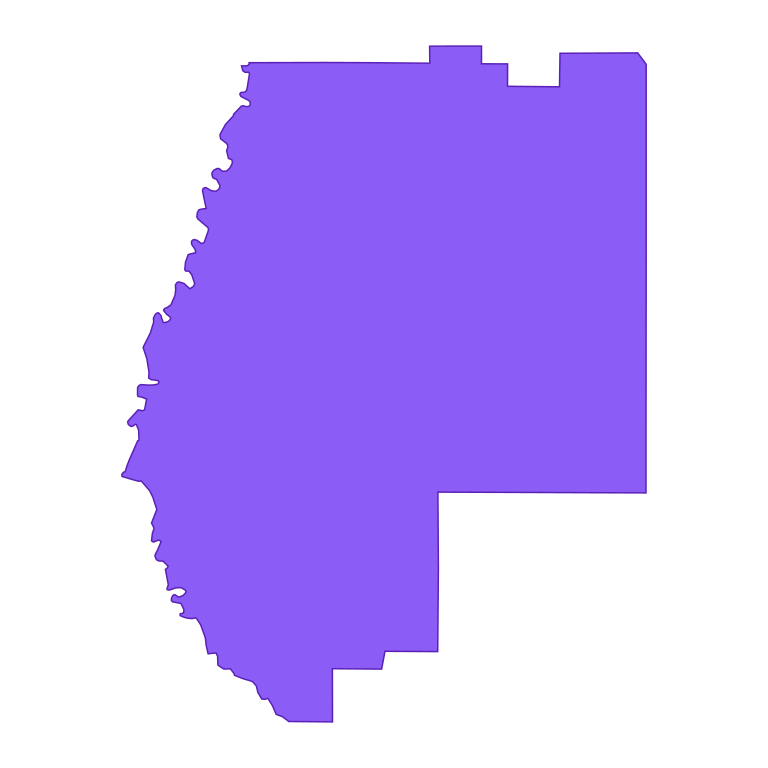 outline of Pearl River, Mississippi, United States of America
{"feature_id": "52423323B37211265449281", "entity_name": "Pearl River", "entity_type": "district", "adm_level": 2, "iso_a3": "USA", "parent_name": "United States of America", "parent_adm1": "Mississippi", "projection": "robinson", "projection_center": [-89.76, 30.737], "detail": "fine", "context": "isolated", "style": "filled", "palette": "violet", "viewbox_px": 768, "rotation_deg": 0, "n_neighbors": 0, "source": "geoboundaries", "source_scale": "gbopen_adm2", "svg_char_len": 3367}
<svg xmlns="http://www.w3.org/2000/svg" viewBox="0 0 768 768"><path d="M249.1,62.7L249.1,64.4L247.2,65.8L241.5,65.9L242.9,70.9L245.1,72.3L248.7,72.3L249.5,73.6L247.3,87.3L246.7,90.1L245.0,92.1L241.1,92.4L240.1,93.3L239.9,94.5L241.0,96.5L248.8,100.5L250.2,102.3L250.2,105.1L249.2,106.1L247.9,106.5L245.8,106.6L243.2,105.7L241.4,106.1L233.7,114.1L233.3,115.9L225.5,124.4L220.2,134.1L220.0,135.9L220.7,138.9L226.6,143.5L227.8,145.7L227.9,147.0L226.6,150.7L228.5,158.5L231.7,159.6L232.4,161.9L232.0,163.9L230.1,167.7L226.6,171.1L222.5,171.3L219.1,168.6L217.0,168.5L213.8,170.2L212.1,172.4L211.9,174.4L212.7,177.5L214.8,178.8L216.6,179.3L219.9,185.5L219.5,188.1L217.8,190.1L215.7,191.3L211.2,190.6L205.9,187.6L204.1,187.9L203.0,188.8L202.5,190.6L204.1,198.7L206.2,208.4L200.6,209.3L198.9,209.8L197.4,212.4L196.8,216.9L198.0,219.1L208.0,227.6L208.4,228.6L208.3,230.7L204.4,241.8L203.5,243.0L201.3,243.5L197.2,240.4L194.2,239.5L192.5,240.2L191.7,241.1L191.4,242.9L192.0,244.9L195.0,249.3L195.7,252.1L195.3,252.9L193.2,253.2L188.2,254.6L185.5,262.1L184.8,269.2L185.2,270.6L186.3,271.2L188.9,271.0L191.8,274.9L194.7,283.7L193.5,286.3L189.9,288.8L183.9,283.4L178.9,281.9L178.0,282.1L176.8,282.8L175.4,285.0L175.7,289.7L175.0,295.5L171.2,304.2L170.7,305.1L167.0,307.5L165.0,308.3L163.9,309.4L163.6,310.6L164.3,311.3L166.6,314.3L168.2,315.5L169.0,316.2L170.4,317.2L170.6,318.3L170.2,319.5L168.5,321.4L164.5,322.7L163.0,322.2L162.5,320.4L161.5,317.8L161.1,315.7L158.6,312.9L157.4,312.9L155.7,313.9L153.8,317.2L153.4,318.8L153.7,322.0L150.4,332.8L143.1,347.4L146.8,358.6L149.0,372.1L148.7,378.1L151.3,379.7L155.3,380.1L158.2,380.8L158.9,381.7L158.5,383.4L157.5,384.2L153.3,385.0L148.5,385.1L140.7,384.6L139.0,385.5L138.7,386.0L137.6,387.4L137.5,395.2L138.1,396.5L141.5,397.0L146.6,399.1L144.6,409.7L142.6,410.8L138.2,409.8L128.4,420.6L127.6,421.9L128.3,424.4L130.7,426.4L132.6,426.2L135.1,424.4L136.3,424.5L138.6,430.0L139.0,440.2L137.6,440.9L129.2,460.1L127.0,465.8L125.5,470.7L125.2,471.7L123.5,472.2L121.8,474.4L122.1,476.5L133.3,479.8L138.4,481.2L141.3,481.0L149.7,490.8L152.9,497.3L156.8,509.5L151.5,523.1L153.4,526.7L154.0,528.6L152.4,533.2L151.5,540.8L153.5,542.1L158.0,540.3L159.6,540.4L161.1,541.4L160.4,543.3L157.7,549.7L155.2,554.6L155.0,556.4L156.4,559.6L158.5,560.9L162.9,561.1L168.1,566.1L167.4,567.9L166.5,568.6L165.4,569.3L168.3,584.7L167.0,588.6L167.1,589.6L169.0,590.1L171.5,589.4L175.4,587.9L181.0,587.6L185.3,590.1L186.0,591.3L185.6,592.8L183.1,595.5L178.8,597.2L175.1,594.8L173.8,594.8L172.5,595.8L171.4,598.6L171.4,600.6L172.5,601.8L181.0,603.5L183.9,609.6L183.6,612.9L181.5,613.5L180.3,613.7L180.1,614.5L180.2,615.6L181.7,616.3L184.6,617.4L187.1,618.1L191.8,618.6L195.7,617.9L196.4,618.3L200.7,624.9L204.5,635.4L205.4,638.3L206.2,645.5L208.1,653.8L215.9,652.9L217.6,656.2L217.9,664.8L218.4,665.5L223.7,669.0L230.4,668.9L234.1,673.6L234.5,675.3L242.5,678.5L251.2,681.1L252.8,681.9L256.3,685.9L257.9,692.5L261.7,699.0L265.2,699.3L267.6,698.4L268.2,698.9L272.4,705.6L276.2,714.4L282.3,716.6L288.2,721.0L288.6,721.5L332.5,721.9L332.4,668.7L381.6,669.1L385.0,651.3L437.7,651.6L438.4,568.1L437.9,492.1L646.0,492.9L646.0,435.4L646.2,238.2L646.2,174.8L646.2,64.3L637.7,52.9L560.0,53.3L559.5,86.8L507.5,86.3L507.6,63.9L481.5,63.8L481.5,46.1L449.3,46.1L429.6,46.2L429.8,63.2L370.2,62.7L325.0,62.5L249.1,62.7Z" fill="#8b5cf6" stroke="#5b21b6" stroke-width="1.5"/></svg>